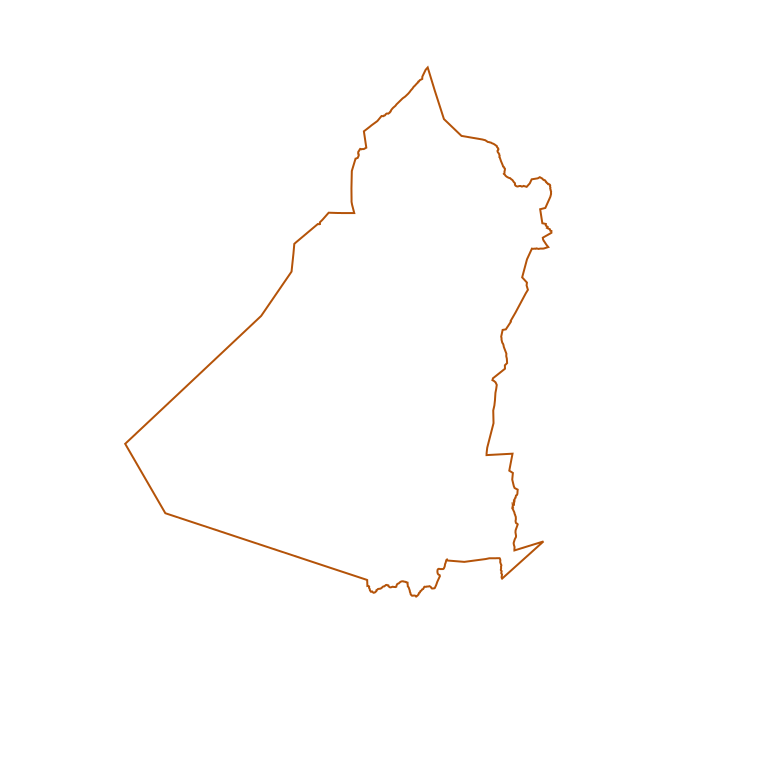 outline of Grong nor, Nord-Trøndelag, Norway, rotated 143°
{"feature_id": "86288312B93862258107530", "entity_name": "Grong nor", "entity_type": "district", "adm_level": 2, "iso_a3": "NOR", "parent_name": "Norway", "parent_adm1": "Nord-Trøndelag", "projection": "orthographic", "projection_center": [12.349, 64.529], "detail": "fine", "context": "isolated", "style": "outline", "palette": "amber", "viewbox_px": 768, "rotation_deg": 143, "n_neighbors": 0, "source": "geoboundaries", "source_scale": "gbopen_adm2", "svg_char_len": 6106}
<svg xmlns="http://www.w3.org/2000/svg" viewBox="0 0 768 768"><g transform="rotate(143 384 384)"><path d="M636.4,412.4L532.7,262.6L528.6,256.7L515.5,237.8L515.4,237.6L518.8,232.7L518.4,232.5L518.0,232.1L517.8,231.6L517.8,231.1L518.6,230.3L518.8,228.8L519.4,227.7L519.3,227.1L519.5,226.4L519.5,226.0L519.2,225.7L518.3,225.4L518.2,224.2L518.0,223.6L517.0,223.1L516.4,223.0L515.6,223.2L514.9,223.1L514.0,223.9L513.4,223.7L512.3,223.9L511.1,223.4L510.5,222.9L509.5,222.6L508.2,222.6L507.1,222.8L506.3,222.7L505.6,222.2L503.4,222.3L502.6,221.8L502.4,221.0L501.8,220.7L501.7,220.5L502.0,219.9L501.9,218.7L501.5,217.9L500.7,217.4L499.1,216.9L498.1,215.8L497.0,214.9L496.2,214.7L495.2,215.6L493.6,216.3L492.3,215.9L489.9,216.1L488.6,215.7L487.5,215.0L486.9,214.0L486.2,213.5L485.9,212.7L485.4,212.4L485.3,211.9L484.7,211.2L484.9,210.8L485.5,210.3L486.0,209.1L486.7,208.3L486.8,207.8L486.7,207.2L486.7,206.7L487.8,203.4L488.4,202.4L488.7,201.0L489.2,200.2L489.3,199.4L489.1,198.9L489.0,198.0L487.2,196.9L486.6,196.3L486.3,195.8L486.3,194.9L486.1,194.8L485.5,195.1L484.8,194.8L484.1,195.0L483.1,195.1L482.3,195.8L481.4,196.1L480.8,195.9L479.5,196.7L478.6,196.5L477.1,197.0L476.1,196.7L474.0,197.7L473.6,197.7L472.5,196.7L471.7,196.5L470.3,195.5L469.4,195.2L469.1,194.5L469.0,194.4L468.8,193.7L468.9,192.6L468.7,191.7L467.7,191.2L467.2,190.7L466.2,190.5L463.4,192.0L460.4,194.0L455.0,196.9L454.8,197.4L454.6,197.9L455.2,199.1L455.2,200.2L454.5,201.7L453.7,202.7L452.9,203.4L452.3,203.6L451.4,203.4L450.5,202.4L448.3,200.7L447.7,200.6L447.2,200.7L445.4,201.7L443.5,203.5L442.4,204.1L440.3,205.8L439.5,206.0L439.3,205.9L439.7,205.2L439.5,204.8L426.9,193.6L408.1,183.0L404.9,181.5L396.5,175.3L396.5,175.0L396.6,174.5L397.1,173.3L398.4,171.8L399.2,169.4L399.2,168.9L399.3,168.7L399.6,168.3L400.2,168.0L401.5,166.2L402.6,165.2L402.8,164.7L402.6,164.0L402.7,163.7L404.2,162.4L404.3,161.8L404.3,161.3L404.4,160.8L406.4,158.9L406.8,157.8L406.8,157.5L351.4,162.3L380.0,172.6L379.6,173.2L378.2,174.8L377.6,175.7L377.3,176.8L376.5,178.5L375.9,179.2L373.0,181.3L370.7,182.4L369.9,183.3L368.3,186.4L366.9,188.0L361.7,191.4L361.6,192.0L362.2,193.3L362.2,193.8L361.4,195.4L360.1,196.6L358.7,198.6L358.3,200.1L357.9,200.9L357.9,201.3L357.8,201.8L357.2,202.9L356.3,207.1L356.4,207.4L356.2,207.8L355.9,207.9L355.4,207.7L355.2,208.6L354.9,208.9L354.5,209.0L354.2,209.5L354.2,209.2L353.9,209.2L354.0,209.4L353.7,209.6L353.3,209.5L353.0,209.8L352.6,209.7L352.4,210.0L352.7,210.1L352.1,210.4L351.9,210.6L351.9,210.9L351.5,210.9L351.2,211.2L351.3,211.3L350.8,211.6L351.2,211.8L350.7,212.1L350.2,213.0L349.2,213.2L348.1,214.0L347.3,214.0L347.1,214.3L345.7,215.5L344.9,215.3L343.7,215.9L340.8,219.2L342.3,222.3L341.8,224.3L339.1,230.5L334.6,235.4L336.1,239.4L323.3,251.0L344.9,265.5L343.7,267.0L339.9,271.0L320.1,286.8L312.7,297.1L308.8,300.4L305.2,304.2L300.3,309.9L297.4,312.5L294.5,315.4L293.9,318.2L294.4,320.4L295.1,321.8L293.5,323.0L278.2,323.4L276.2,326.2L273.1,326.6L270.6,330.4L269.6,332.7L268.0,334.6L266.0,341.5L265.1,343.3L264.7,344.6L264.7,345.8L263.5,348.6L262.4,350.1L262.0,351.2L256.7,355.8L253.8,354.3L245.1,357.4L245.0,358.1L235.8,362.0L216.0,371.2L212.4,372.6L210.8,376.9L208.8,379.0L209.5,386.0L194.8,397.5L184.4,403.1L183.9,402.5L182.9,401.8L181.8,401.2L181.4,400.6L180.6,400.5L179.2,398.8L177.9,398.2L175.0,396.1L170.4,394.5L170.5,397.5L170.4,399.1L170.2,401.9L170.3,402.1L169.9,403.9L169.1,405.3L159.3,404.0L158.2,405.5L158.9,406.3L158.4,407.9L159.3,409.3L159.9,410.6L158.8,410.9L159.4,413.2L158.4,414.4L160.8,417.1L154.1,429.6L149.2,427.5L138.5,433.4L136.1,435.3L135.9,435.8L134.6,437.3L134.5,438.2L134.1,438.6L133.9,439.4L133.5,440.3L133.0,440.5L132.5,441.9L132.2,442.1L131.8,442.5L131.6,443.3L132.1,443.9L132.0,444.5L132.2,444.9L132.4,445.2L132.7,445.2L132.7,446.2L132.9,446.4L133.0,446.7L132.8,447.7L133.1,447.9L133.1,448.1L132.8,449.1L132.9,449.9L133.5,450.4L133.6,450.7L133.5,450.9L133.8,451.3L134.0,452.0L134.0,452.3L133.9,452.7L135.1,455.4L137.4,455.7L142.9,458.6L146.8,456.5L151.4,455.6L153.3,458.2L153.6,458.3L154.2,458.3L155.0,458.7L155.4,459.1L155.5,459.5L155.6,459.8L156.8,460.7L158.0,461.1L158.8,461.6L159.3,462.6L159.5,462.9L159.6,463.3L159.5,464.4L159.0,464.8L158.6,465.6L158.8,467.2L158.7,468.7L158.7,469.8L159.1,470.7L159.3,471.9L159.4,472.5L159.9,473.0L160.5,474.0L161.3,475.8L161.4,476.3L161.6,477.3L161.5,478.9L161.8,479.3L161.8,479.7L161.2,479.8L160.7,480.1L159.8,481.3L159.2,481.7L157.9,483.0L157.8,483.4L158.0,483.8L157.7,485.1L157.7,485.5L158.0,485.9L158.0,486.1L157.6,487.0L156.4,491.7L155.1,495.6L155.0,495.9L155.1,496.0L154.2,496.8L154.2,497.1L154.1,497.3L154.1,497.5L153.6,498.3L153.7,498.8L153.5,499.5L153.6,499.8L153.6,500.6L153.2,501.7L152.9,502.0L152.4,502.0L151.8,502.6L151.5,502.5L151.2,502.9L151.0,503.7L151.1,504.4L151.1,504.8L151.1,505.2L151.0,505.3L150.9,506.0L150.7,506.4L151.0,506.9L151.4,508.3L151.9,509.7L153.1,511.7L153.4,512.6L154.0,513.1L154.3,513.7L155.4,514.8L156.4,517.7L158.3,520.1L172.8,535.5L176.7,559.5L166.9,587.7L158.6,610.5L161.6,609.9L168.4,606.4L169.9,604.6L172.6,605.1L174.1,604.6L174.4,604.9L175.1,604.7L175.6,604.3L176.5,604.3L180.7,603.5L181.2,603.6L183.5,602.8L186.1,602.3L187.2,601.9L189.9,601.3L194.2,600.8L197.2,600.9L205.8,599.8L207.4,599.3L210.6,599.1L212.5,598.7L213.5,598.4L214.2,597.9L214.6,597.9L214.9,597.6L216.2,597.3L216.3,597.3L216.1,597.5L216.9,597.3L217.9,597.4L218.3,597.7L218.7,598.2L219.2,598.4L220.2,598.4L221.4,598.0L221.8,598.0L222.4,598.4L223.1,598.2L223.2,598.3L223.5,598.4L224.0,598.9L224.2,599.0L224.7,599.5L231.0,598.0L238.4,598.1L240.4,598.0L248.0,597.9L255.9,583.4L258.8,583.8L260.1,584.8L260.9,585.1L260.9,585.4L261.5,586.1L262.5,585.8L263.6,585.2L264.4,585.1L264.9,584.8L265.3,584.4L265.5,583.9L265.9,583.6L265.9,582.9L266.0,582.6L266.4,582.5L266.5,581.9L266.8,581.6L269.0,580.4L269.7,580.7L270.7,580.8L271.1,581.1L281.5,573.5L292.3,559.8L298.7,551.1L300.3,549.0L301.6,546.4L304.9,538.4L317.4,547.9L325.1,554.1L334.3,552.2L337.9,551.7L338.9,550.3L339.6,550.6L340.6,551.6L368.9,550.1L371.3,549.9L377.7,542.8L390.2,529.4L441.1,512.3L541.3,501.3L626.7,492.0L636.4,412.4Z" fill="none" stroke="#b45309" stroke-width="2"/></g></svg>